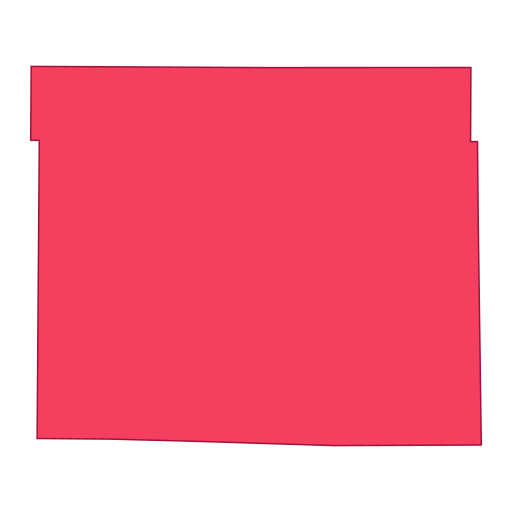 Ford, Kansas, United States of America (Albers equal-area conic projection)
{"feature_id": "52423323B50939961364147", "entity_name": "Ford", "entity_type": "district", "adm_level": 2, "iso_a3": "USA", "parent_name": "United States of America", "parent_adm1": "Kansas", "projection": "albers", "projection_center": [-99.859, 37.691], "detail": "fine", "context": "isolated", "style": "filled", "palette": "rose", "viewbox_px": 512, "rotation_deg": 0, "n_neighbors": 0, "source": "geoboundaries", "source_scale": "gbopen_adm2", "svg_char_len": 292}
<svg xmlns="http://www.w3.org/2000/svg" viewBox="0 0 512 512"><path d="M470.9,67.5L267.6,67.6L31.2,66.4L30.7,140.3L39.3,140.4L37.1,438.5L110.4,439.1L184.1,441.0L334.3,445.6L481.3,445.0L478.2,218.5L477.5,141.6L470.6,141.6L470.9,67.5Z" fill="#f43f5e" stroke="#9f1239" stroke-width="1.5"/></svg>